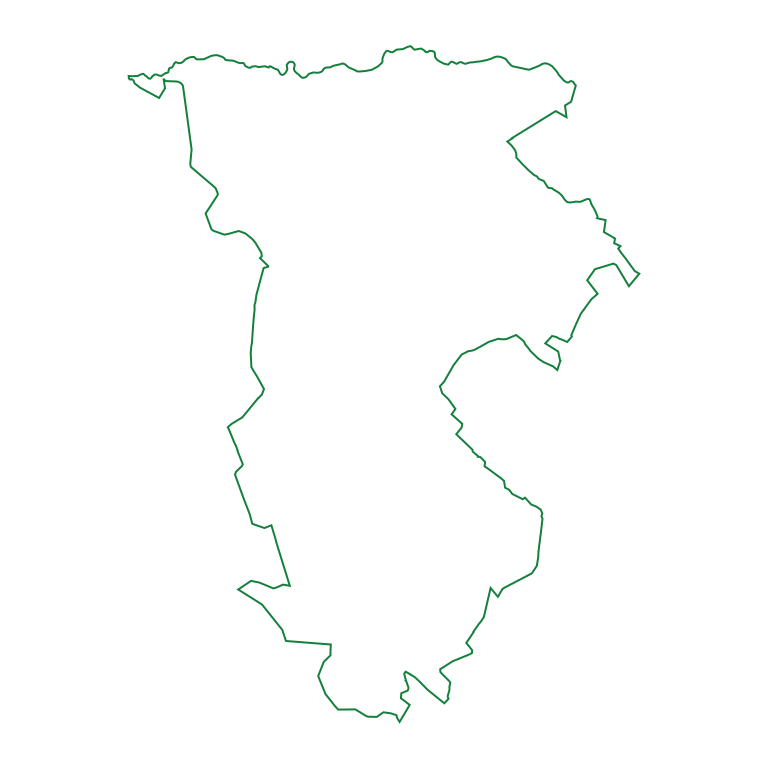 Rencēnu pag., Burtnieku, Latvia
{"feature_id": "27541924B42196495357588", "entity_name": "Rencēnu pag.", "entity_type": "district", "adm_level": 2, "iso_a3": "LVA", "parent_name": "Latvia", "parent_adm1": "Burtnieku", "projection": "mercator", "projection_center": [25.444, 57.701], "detail": "fine", "context": "isolated", "style": "outline", "palette": "green", "viewbox_px": 768, "rotation_deg": 0, "n_neighbors": 0, "source": "geoboundaries", "source_scale": "gbopen_adm2", "svg_char_len": 5885}
<svg xmlns="http://www.w3.org/2000/svg" viewBox="0 0 768 768"><path d="M542.5,518.6L541.4,516.2L542.3,513.4L540.6,509.5L536.5,506.7L531.2,504.5L525.0,497.7L522.7,499.2L512.3,494.0L509.2,489.8L505.1,487.7L504.0,480.9L501.2,478.4L496.7,475.1L487.3,468.1L484.6,466.4L485.1,461.9L480.4,457.1L477.8,456.7L478.0,456.1L472.7,451.6L472.5,449.8L456.3,434.2L461.5,427.8L462.3,423.9L451.6,414.3L455.4,409.0L448.5,399.3L442.3,393.3L439.9,386.3L444.1,381.7L453.4,365.4L461.6,354.6L468.2,351.2L472.2,350.6L475.2,349.5L489.0,341.8L498.6,338.7L499.7,339.1L503.4,339.3L506.4,339.1L516.1,335.0L521.4,339.2L524.0,341.5L525.0,344.0L529.2,349.2L530.2,350.8L538.1,358.5L543.7,362.2L553.1,366.4L557.3,370.0L560.3,361.0L560.2,361.0L558.2,351.5L545.3,343.4L552.4,335.6L552.3,336.0L556.6,337.1L559.0,338.6L562.1,339.7L567.2,342.0L571.9,336.5L571.3,335.3L575.7,324.9L580.7,313.9L591.3,299.3L597.6,293.8L587.2,280.3L594.4,270.0L594.5,269.6L595.0,269.2L613.4,263.6L616.3,265.1L628.9,286.2L639.3,273.7L634.8,271.1L625.0,257.7L621.6,253.4L618.2,248.5L620.4,246.1L614.2,243.2L615.0,238.5L603.9,232.0L604.9,225.5L605.6,220.1L597.1,218.2L597.4,217.7L597.4,216.1L594.9,210.2L591.4,204.2L590.0,200.0L589.7,199.4L588.4,199.0L587.0,199.1L580.1,201.9L575.5,201.6L574.3,202.0L569.6,202.5L567.0,202.0L566.5,201.3L564.6,199.6L562.2,195.9L559.1,192.9L552.9,189.1L552.2,188.3L548.9,187.9L547.9,187.5L543.7,180.9L538.9,179.0L537.0,176.5L533.6,174.7L528.3,170.0L522.0,163.7L516.3,157.5L516.3,153.8L515.5,151.4L514.6,149.5L511.2,145.1L507.3,141.6L512.6,138.2L512.3,137.9L555.7,111.1L566.5,117.2L565.0,105.5L571.1,101.7L575.8,85.4L574.5,84.0L573.3,82.1L572.0,81.3L571.3,81.1L570.1,81.3L568.9,82.3L567.7,82.5L566.4,82.2L563.9,80.6L558.5,74.5L558.2,73.6L556.5,71.2L552.1,66.2L548.9,64.3L546.4,63.4L544.5,63.4L542.7,63.8L541.9,64.1L540.3,65.2L535.5,67.3L529.1,69.7L528.2,69.6L512.7,66.3L510.6,65.0L509.8,63.9L507.7,61.7L507.1,60.6L505.4,58.8L501.5,57.2L498.2,56.5L495.1,56.9L491.8,58.4L486.7,60.1L479.1,61.6L477.4,61.6L473.1,62.3L469.8,62.5L465.4,63.8L464.1,63.5L461.0,62.1L459.4,62.3L457.5,63.5L456.4,63.8L452.7,61.9L451.4,61.7L450.2,62.5L448.4,64.5L447.6,64.5L444.0,63.7L438.4,60.8L437.3,59.8L436.2,58.7L435.2,57.1L435.0,56.5L434.9,53.4L434.2,51.9L433.8,51.6L432.4,51.1L429.5,50.8L428.2,51.8L426.4,52.3L425.2,51.6L424.8,50.9L423.3,49.8L421.2,48.6L420.6,48.6L414.7,49.7L413.7,49.1L411.9,47.2L410.4,46.1L407.3,47.0L402.9,49.1L396.7,49.6L392.8,52.1L390.9,52.1L387.6,50.8L386.9,50.8L386.5,51.0L384.5,53.3L382.7,57.7L382.4,59.4L382.5,61.4L382.0,62.7L378.0,66.4L371.7,69.8L366.0,70.9L359.6,71.5L357.1,71.4L355.3,70.3L348.5,67.3L345.0,64.3L342.8,63.5L342.2,63.5L340.8,64.1L332.9,65.9L330.5,67.3L326.7,67.5L324.9,68.0L323.3,69.3L322.6,70.8L321.0,72.0L319.0,72.6L316.6,72.8L313.5,72.4L310.0,73.5L308.9,73.9L308.2,74.6L307.6,75.5L306.5,76.5L305.7,77.1L303.9,77.8L302.0,77.6L301.4,77.3L298.7,74.6L296.9,73.3L294.8,71.2L294.2,70.2L294.0,69.3L294.0,68.1L294.7,65.3L294.7,64.8L294.4,63.9L293.7,62.8L292.7,62.0L290.9,61.7L289.3,62.1L288.7,62.5L287.5,63.8L286.7,65.1L287.3,68.9L287.0,70.1L286.5,71.2L285.4,72.9L284.2,74.1L283.5,74.6L282.0,74.9L280.6,74.2L279.7,73.0L279.0,71.5L277.9,69.8L273.5,68.1L271.0,66.6L269.9,66.2L269.5,66.4L268.8,67.4L267.8,67.3L265.4,66.4L264.3,66.3L258.8,67.1L255.5,66.2L251.9,66.6L250.3,67.8L248.4,67.6L245.2,65.9L244.5,64.4L243.6,63.2L243.2,63.0L240.9,63.1L238.6,62.8L233.4,60.7L227.9,60.3L225.7,59.9L224.9,59.3L224.7,58.7L224.2,58.1L222.3,56.9L217.4,55.2L214.4,55.3L211.2,55.9L204.0,59.2L197.2,59.4L196.1,59.0L194.4,57.2L193.7,56.9L191.1,57.1L188.7,57.7L185.8,59.1L184.2,60.5L183.4,61.5L181.4,62.8L178.7,63.2L175.8,62.1L174.1,63.6L173.1,66.0L172.1,67.4L169.7,68.0L169.0,68.7L168.5,71.4L168.2,72.2L167.3,72.8L165.5,73.1L161.4,75.9L159.0,75.5L156.2,74.5L154.5,74.6L152.1,76.5L151.5,77.7L150.1,78.8L148.2,78.1L146.9,76.6L145.2,75.5L143.4,73.9L142.8,73.8L139.6,74.9L137.8,76.0L131.8,76.2L128.7,76.0L128.9,77.1L128.8,78.3L129.2,78.8L130.1,79.6L131.6,79.2L132.9,79.9L133.6,80.7L134.7,83.5L138.3,86.2L139.4,87.3L159.1,98.0L165.0,88.3L163.7,79.4L163.9,79.3L165.4,80.7L166.2,81.1L176.8,81.5L178.5,81.9L180.7,83.0L182.2,84.6L182.9,85.8L183.1,86.9L191.6,149.4L190.4,162.4L190.3,163.7L190.6,166.1L190.9,166.9L191.8,167.7L215.1,187.6L215.9,188.8L217.8,193.6L217.7,194.9L216.8,196.4L205.6,213.5L211.3,228.8L211.9,229.7L213.2,230.7L223.6,234.4L225.0,234.6L229.9,233.5L238.2,231.1L239.4,231.2L245.5,233.5L252.5,239.2L255.3,242.6L261.4,252.8L261.8,256.2L261.4,256.8L260.0,258.1L268.2,266.0L268.2,266.7L263.6,268.1L256.4,294.8L255.4,302.3L254.5,304.9L254.6,309.9L254.1,314.1L253.2,324.2L252.0,342.4L251.2,347.1L250.7,353.2L251.4,367.1L253.6,371.0L256.8,376.1L264.0,389.0L261.9,394.5L258.2,398.3L258.1,398.2L242.4,417.3L231.6,423.9L227.8,427.2L228.8,429.2L235.1,444.5L235.7,445.1L237.7,450.6L237.5,450.9L242.8,464.3L241.9,466.1L236.1,471.7L235.0,474.4L235.8,476.8L243.8,498.9L249.7,514.2L252.3,523.8L264.3,528.0L271.4,525.3L275.2,538.0L276.5,543.0L289.8,585.8L283.0,584.6L276.8,587.4L273.4,588.4L260.7,583.1L258.7,582.4L251.0,580.9L238.2,589.5L262.0,604.5L282.3,629.9L285.9,640.8L286.1,641.0L330.8,644.5L330.5,650.5L330.5,655.3L323.8,661.8L318.2,676.0L325.5,694.1L335.1,706.2L338.2,709.6L355.4,709.4L365.6,715.7L367.9,716.7L376.8,716.9L383.4,712.3L390.7,713.3L396.5,715.2L397.0,717.8L399.6,721.9L409.7,704.9L400.9,698.2L401.3,693.3L407.7,690.6L408.6,688.0L406.3,681.3L405.8,680.9L406.0,680.8L404.2,673.7L405.6,671.7L410.0,674.1L409.9,674.3L414.6,677.0L419.0,681.0L427.5,689.7L444.3,703.3L448.6,698.7L447.9,697.5L447.7,696.2L449.5,689.7L449.4,686.8L450.3,682.9L450.2,682.5L449.6,681.5L440.4,672.1L440.2,669.2L452.8,661.2L469.7,654.3L471.9,653.1L472.2,650.3L466.3,642.9L472.8,633.3L473.5,632.1L473.3,632.0L473.4,631.7L479.4,623.2L480.7,621.9L483.9,616.9L490.6,588.0L497.9,596.8L502.4,589.1L503.7,588.1L531.9,573.3L536.8,565.9L538.2,557.5L538.4,552.3L540.2,537.8L540.8,533.3L542.5,518.6Z" fill="none" stroke="#15803d" stroke-width="2"/></svg>